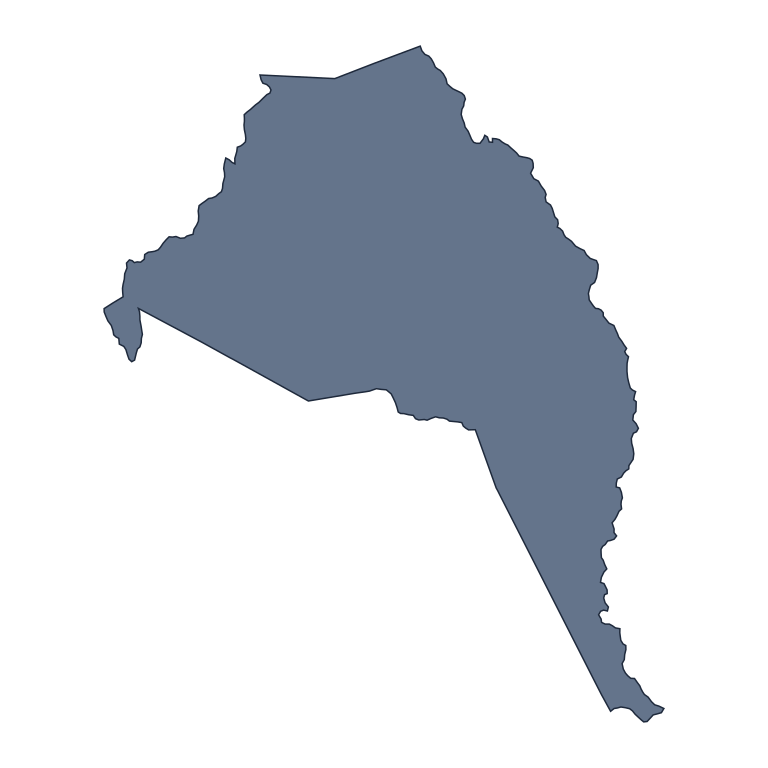 Iramaia, Bahia, Brazil (Natural Earth projection)
{"feature_id": "56859067B23035835922844", "entity_name": "Iramaia", "entity_type": "district", "adm_level": 2, "iso_a3": "BRA", "parent_name": "Brazil", "parent_adm1": "Bahia", "projection": "natural_earth1", "projection_center": [-40.889, -13.541], "detail": "fine", "context": "isolated", "style": "filled", "palette": "slate", "viewbox_px": 768, "rotation_deg": 0, "n_neighbors": 0, "source": "geoboundaries", "source_scale": "gbopen_adm2", "svg_char_len": 4746}
<svg xmlns="http://www.w3.org/2000/svg" viewBox="0 0 768 768"><path d="M610.6,711.3L614.1,708.5L617.3,708.0L620.9,707.0L625.4,707.7L629.6,708.7L632.5,710.9L635.1,714.2L638.2,717.1L641.4,720.0L643.7,721.9L647.1,721.5L650.3,718.1L653.2,714.9L657.2,713.9L661.4,712.7L663.9,708.5L658.9,706.1L654.7,704.8L651.5,701.7L648.1,697.1L644.4,694.5L642.7,692.0L641.0,688.8L639.8,685.8L637.6,682.9L634.5,678.5L630.7,678.3L627.6,675.6L625.4,673.0L623.3,669.1L622.1,663.6L624.3,659.6L624.7,654.5L625.9,649.6L625.8,645.5L623.0,643.9L620.8,640.3L620.2,635.9L619.8,632.8L619.9,628.7L615.4,627.9L612.5,625.8L609.4,624.1L605.2,624.1L601.6,622.4L601.1,619.0L598.6,614.8L600.6,611.3L603.6,610.1L607.4,611.0L608.4,607.0L605.1,602.8L603.7,598.0L604.6,594.6L607.2,593.6L607.1,589.9L605.8,587.2L604.0,583.6L600.5,582.4L601.4,577.3L603.9,572.1L606.8,568.9L604.7,564.5L603.2,560.2L601.4,557.7L601.1,553.3L601.0,549.4L602.6,546.4L605.2,544.5L607.6,541.0L610.4,540.5L614.1,539.2L616.6,535.9L614.0,532.6L614.1,529.0L612.1,522.8L615.0,519.3L616.9,515.9L619.0,511.3L621.6,508.9L621.0,504.3L621.3,500.9L622.4,497.9L621.4,492.3L619.7,487.9L616.2,487.0L616.3,483.1L617.3,479.0L621.4,477.0L623.6,473.2L625.9,470.8L628.8,468.9L628.9,465.6L630.7,462.9L633.1,459.3L633.8,453.8L633.1,448.6L631.7,443.3L631.3,438.5L633.4,433.2L636.5,431.8L638.4,428.3L636.1,423.7L632.8,420.0L633.4,414.7L635.9,411.5L636.1,406.6L636.2,401.7L633.7,399.7L634.6,394.9L635.6,391.6L632.4,390.0L630.3,388.0L628.7,382.5L627.6,377.6L627.0,371.5L627.0,367.2L627.1,363.4L627.7,360.1L628.5,356.7L626.1,354.4L624.7,351.6L626.6,348.4L624.1,345.0L621.9,341.4L618.7,337.1L617.4,333.5L615.9,330.3L613.9,325.5L608.9,323.1L606.0,319.4L603.3,316.1L603.2,312.7L601.1,310.1L598.4,308.7L595.5,308.4L593.4,306.0L591.5,303.3L589.2,299.9L588.9,296.6L588.4,293.5L589.3,289.7L590.7,285.2L594.6,282.4L596.5,277.6L597.4,272.2L598.1,268.6L598.1,264.6L596.4,260.6L592.9,259.4L590.2,258.4L586.4,254.7L584.1,250.5L580.0,248.6L575.5,246.1L571.5,241.3L568.4,239.0L565.7,237.3L564.0,234.7L562.6,231.1L559.8,228.4L557.3,227.2L558.2,223.5L557.6,219.7L554.8,216.8L553.4,212.2L552.2,208.3L550.5,205.0L546.1,201.9L545.2,197.4L546.1,194.4L544.6,190.5L541.1,185.9L538.4,181.1L533.8,178.7L530.6,173.2L533.3,167.7L533.1,163.3L532.2,160.2L529.7,158.5L526.9,157.7L523.0,157.0L519.1,156.1L516.6,153.0L514.1,150.7L511.0,148.0L507.8,145.0L505.3,144.0L502.2,142.1L499.3,139.7L496.1,138.8L492.5,138.5L492.5,142.3L489.2,142.0L487.4,137.0L484.8,135.3L483.4,138.8L480.0,143.3L476.4,143.3L473.6,142.3L471.5,139.2L469.8,135.1L468.1,131.2L465.1,127.1L464.2,123.0L462.5,118.9L461.2,114.5L461.9,109.3L463.7,105.9L464.1,102.3L465.4,99.1L464.2,95.5L461.9,93.2L458.7,91.6L455.9,90.3L452.8,88.8L449.9,86.4L447.1,83.8L446.0,78.8L443.3,73.9L440.3,70.5L437.7,69.0L435.3,67.1L433.5,62.8L431.3,58.9L428.8,56.1L424.9,54.4L421.9,50.8L420.2,46.1L373.8,63.5L334.8,78.6L260.0,75.0L261.1,79.7L262.9,83.2L266.7,84.5L269.4,86.9L271.0,90.0L269.9,93.1L266.9,94.6L263.1,98.2L259.0,102.3L255.6,104.8L252.7,107.4L250.4,109.5L247.0,112.1L244.2,114.7L244.4,118.1L244.4,121.4L244.0,125.0L244.4,129.8L245.4,134.6L245.8,138.5L245.4,141.9L242.9,144.3L240.6,146.0L237.3,147.2L236.8,151.4L236.0,154.3L234.8,158.4L234.9,163.8L232.0,162.4L229.2,159.8L225.8,158.0L224.3,164.0L223.7,168.6L224.5,172.7L224.7,176.8L222.9,183.5L222.5,188.4L221.4,191.7L218.8,193.6L215.7,196.4L212.0,198.0L208.6,198.5L205.3,201.1L202.0,203.4L199.1,205.6L198.2,211.0L198.7,216.0L198.4,221.2L196.7,225.0L194.0,229.3L193.0,234.3L190.0,235.1L186.8,236.1L184.6,237.9L180.4,238.3L176.0,236.5L172.5,237.1L169.1,236.8L166.2,239.7L163.1,243.3L160.5,247.2L158.2,249.8L154.9,251.2L152.2,251.7L148.3,252.2L144.7,254.5L144.3,259.2L140.6,262.2L137.2,261.9L134.3,262.6L132.2,260.7L129.4,259.9L126.5,263.1L127.0,267.9L124.7,273.8L124.3,279.2L123.1,284.4L122.5,288.3L122.7,292.5L123.1,296.8L113.0,302.9L104.1,308.6L104.2,312.0L105.9,316.3L107.9,320.9L111.3,325.5L113.0,330.6L113.7,334.8L115.8,336.8L118.8,338.4L119.3,344.1L123.8,346.4L125.9,349.6L127.5,354.9L129.0,359.2L131.7,361.7L134.6,360.1L136.3,353.0L137.5,349.0L139.9,346.9L141.2,342.8L141.4,338.4L142.4,334.4L141.8,330.8L141.1,326.2L139.9,319.8L139.9,316.3L139.5,311.7L138.4,308.4L202.0,342.3L229.9,357.7L233.0,359.3L308.4,401.0L355.3,393.2L365.3,391.8L369.5,391.1L372.9,389.9L376.4,388.7L381.2,389.4L386.3,389.8L391.2,393.9L393.3,398.1L395.4,402.6L397.1,407.7L398.2,412.0L400.6,413.5L403.9,413.6L408.4,414.7L413.3,415.4L415.5,418.7L418.8,420.0L424.3,419.5L427.1,420.2L430.9,418.5L435.6,416.8L439.2,417.8L443.3,418.0L447.0,419.2L449.4,421.1L453.5,421.5L457.8,421.9L461.8,422.6L463.3,426.1L465.7,428.1L468.6,429.9L471.8,429.8L475.3,429.7L496.2,488.0L497.7,490.7L499.8,494.9L533.3,560.7L595.1,682.2L601.5,694.7L610.6,711.3Z" fill="#64748b" stroke="#1e293b" stroke-width="1.5"/></svg>